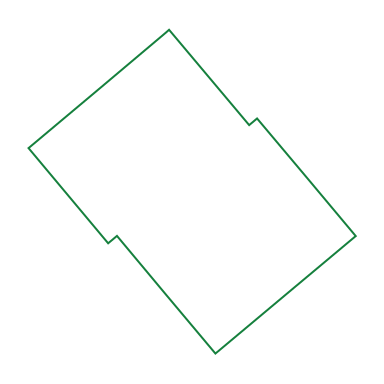 Towner, North Dakota, United States of America, rotated 320°
{"feature_id": "52423323B68396918157782", "entity_name": "Towner", "entity_type": "district", "adm_level": 2, "iso_a3": "USA", "parent_name": "United States of America", "parent_adm1": "North Dakota", "projection": "robinson", "projection_center": [-99.23, 48.685], "detail": "fine", "context": "isolated", "style": "outline", "palette": "green", "viewbox_px": 384, "rotation_deg": 320, "n_neighbors": 0, "source": "geoboundaries", "source_scale": "gbopen_adm2", "svg_char_len": 326}
<svg xmlns="http://www.w3.org/2000/svg" viewBox="0 0 384 384"><g transform="rotate(320 192 192)"><path d="M95.0,53.3L94.8,177.4L106.3,177.4L106.1,254.0L106.1,330.8L208.7,330.9L289.1,331.0L289.2,254.3L289.1,177.5L278.8,177.5L278.7,53.0L275.0,53.1L186.5,53.3L95.0,53.3Z" fill="none" stroke="#15803d" stroke-width="2"/></g></svg>